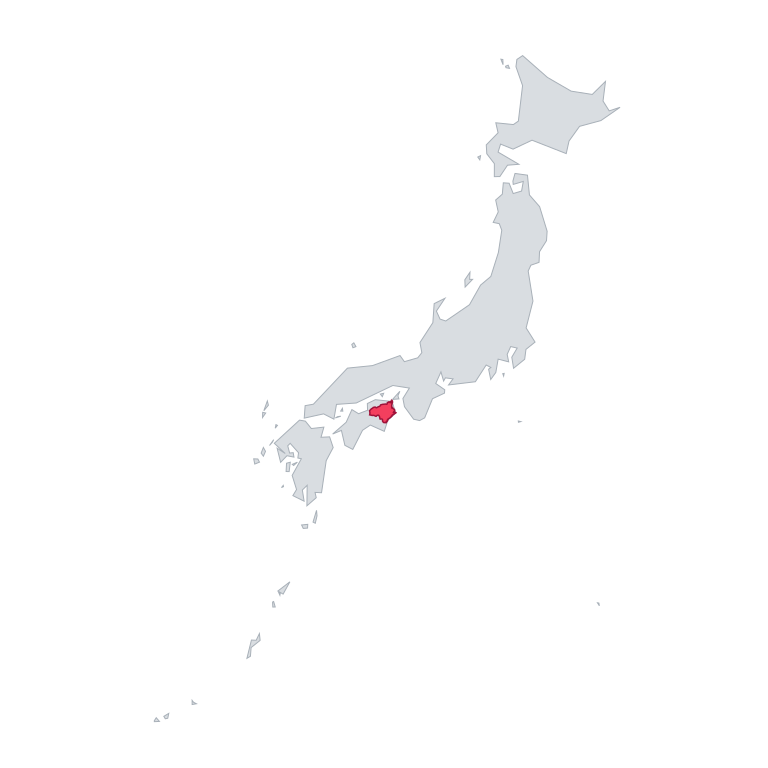 Tokushima highlighted on a map of Japan, rotated 354°
{"feature_id": "JPN-1836", "entity_name": "Tokushima", "entity_type": "Prefecture", "adm_level": 1, "iso_a3": "JPN", "parent_name": "Japan", "parent_adm1": "", "projection": "natural_earth1", "projection_center": [134.325, 33.891], "detail": "fine", "context": "in_parent", "style": "filled", "palette": "rose", "viewbox_px": 768, "rotation_deg": 354, "n_neighbors": 0, "source": "natural_earth", "source_scale": "10m", "svg_char_len": 5677}
<svg xmlns="http://www.w3.org/2000/svg" viewBox="0 0 768 768"><g transform="rotate(354 384 384)"><path d="M536.3,188.3L548.5,191.3L548.4,211.2L557.3,223.9L562.2,249.1L560.6,258.4L552.5,268.7L550.9,279.2L542.5,281.2L539.2,286.7L540.8,317.1L531.2,343.1L538.6,358.1L528.8,364.4L526.5,374.1L514.5,381.9L513.9,370.7L520.2,362.2L513.9,360.0L509.6,367.4L510.3,375.0L500.1,371.2L496.4,384.2L490.6,390.7L489.6,380.2L492.0,378.7L487.6,375.8L475.1,391.3L448.1,391.7L453.2,386.1L445.7,384.3L443.6,387.3L441.9,377.9L435.5,388.9L443.8,396.1L443.2,399.4L430.7,403.7L420.9,421.9L415.6,424.1L409.8,422.1L402.0,408.7L401.3,400.4L408.8,390.7L392.6,386.4L354.4,400.0L334.6,399.3L330.5,413.7L320.8,407.4L301.1,409.6L303.3,397.3L311.7,396.7L349.3,364.4L374.5,364.5L402.9,357.4L406.6,363.9L420.3,361.5L424.9,356.8L424.1,346.5L439.0,328.1L442.3,309.3L453.6,305.1L443.7,317.0L446.5,325.3L452.0,327.8L477.3,314.1L490.4,295.7L501.5,288.2L511.5,265.2L517.2,243.4L515.4,236.6L509.5,234.7L515.6,224.8L514.3,212.7L521.5,207.6L523.7,196.4L529.4,197.4L532.4,208.1L541.0,206.5L543.7,197.1L533.4,199.0L533.4,195.7L536.3,188.3ZM600.7,112.3L621.4,117.8L635.9,106.2L631.4,125.5L636.5,135.9L647.7,133.5L627.2,144.7L605.4,148.2L593.4,161.7L589.3,173.9L556.7,157.0L536.9,163.9L525.0,157.6L521.7,165.3L541.1,179.6L529.7,179.3L520.9,189.8L515.4,189.3L516.8,176.4L510.3,165.8L510.7,156.9L523.7,146.1L522.5,135.9L539.8,139.5L545.1,136.6L553.0,101.7L548.4,82.2L550.1,75.1L556.2,71.9L578.6,96.2L600.7,112.3ZM307.1,420.7L319.7,420.6L315.8,430.4L324.4,430.9L326.8,441.9L318.5,454.2L310.5,485.6L304.1,484.6L304.7,490.0L294.6,497.1L297.0,476.7L291.7,480.9L292.3,492.2L281.7,485.5L286.0,479.8L283.1,465.3L294.0,449.7L290.6,448.6L291.8,443.4L284.5,433.2L281.8,435.4L282.9,442.8L286.5,442.8L286.8,447.3L280.0,445.2L273.0,451.1L271.0,436.7L278.5,442.8L268.7,431.5L296.2,411.1L301.9,412.7L307.1,420.7ZM373.7,398.7L390.2,402.2L392.6,414.2L384.0,420.5L379.3,431.1L366.1,423.4L357.8,427.8L346.1,445.8L338.7,440.9L336.8,425.7L327.7,428.4L342.4,418.1L349.4,406.1L355.6,410.9L364.9,408.4L365.4,401.7L373.7,398.7ZM234.0,626.0L224.3,632.2L222.7,640.8L219.0,642.5L225.4,624.8L230.1,625.5L234.0,619.2L234.0,626.0ZM483.0,289.2L474.8,296.1L475.3,288.8L481.2,281.8L480.1,288.9L483.0,289.2ZM269.7,570.9L261.7,582.4L256.8,578.8L269.7,570.9ZM280.5,461.2L277.5,460.8L278.8,452.6L282.6,452.0L280.5,461.2ZM397.3,400.4L390.9,400.2L399.0,392.9L396.6,397.2L397.3,400.4ZM292.9,519.3L288.6,519.2L287.3,515.6L293.5,515.6L292.9,519.3ZM266.8,393.0L261.7,398.0L266.2,388.7L266.8,393.0ZM301.1,515.3L299.0,513.9L303.7,502.6L303.6,508.1L301.1,515.3ZM246.6,444.8L250.7,445.4L252.0,448.7L247.1,450.1L246.6,444.8ZM263.3,400.5L259.7,404.6L260.4,399.5L263.3,400.5ZM125.4,696.1L120.3,695.8L120.3,695.0L122.6,692.1L125.4,696.1ZM360.0,343.9L356.9,344.7L356.1,341.3L358.3,339.9L360.0,343.9ZM256.5,443.2L254.6,439.9L257.4,434.5L259.1,438.6L256.5,443.2ZM135.5,689.1L134.0,693.8L131.5,694.1L130.3,691.5L135.5,689.1ZM252.5,594.4L250.1,594.2L250.4,589.2L251.5,588.8L252.5,594.4ZM541.8,83.2L538.4,82.2L538.1,80.7L540.8,79.9L541.8,83.2ZM289.7,452.7L285.6,455.6L284.4,454.3L289.7,452.7ZM502.7,171.1L501.0,168.1L503.9,167.0L502.7,171.1ZM332.0,412.7L334.5,411.6L337.7,411.5L332.0,412.7ZM536.1,73.7L535.8,78.9L534.2,73.2L536.1,73.7ZM267.0,430.1L263.7,433.2L268.5,427.8L267.0,430.1ZM164.0,682.4L159.7,682.7L160.1,678.6L161.3,680.6L164.0,682.4ZM273.7,414.0L271.2,416.6L272.3,413.1L273.7,414.0ZM382.7,393.2L381.0,396.4L379.3,393.6L382.7,393.2ZM259.0,581.0L258.4,583.2L257.5,580.5L259.0,581.0ZM504.6,386.0L503.8,388.6L503.2,386.1L504.6,386.0ZM273.3,475.6L271.2,476.3L273.2,474.3L273.3,475.6ZM340.1,403.8L340.2,406.7L338.1,406.4L340.1,403.8ZM516.1,435.7L513.7,436.1L513.7,434.8L516.1,435.7ZM574.8,624.3L575.0,627.1L573.4,623.9L574.8,624.3Z" fill="#d9dde1" stroke="#a8b0b8" stroke-width="1"/><path d="M385.5,402.8L386.2,402.8L386.8,402.3L388.4,402.4L388.9,402.2L389.2,402.1L389.5,401.5L389.6,401.9L389.3,402.2L389.2,402.6L389.5,402.6L390.0,402.1L390.4,401.9L390.3,402.3L389.9,402.7L389.9,403.0L390.0,403.4L389.5,403.5L389.8,403.6L390.0,403.7L390.3,403.6L390.1,404.0L389.9,404.5L389.8,404.8L389.8,405.0L389.4,405.7L389.4,406.4L389.5,406.9L389.3,407.0L389.2,407.6L389.2,407.8L389.2,408.0L389.3,408.6L389.4,408.9L389.6,409.0L389.9,409.0L389.9,408.7L390.2,408.6L390.5,409.3L390.8,409.8L391.6,410.3L391.5,410.6L391.8,410.8L391.8,411.3L391.8,411.7L391.5,412.0L391.4,412.3L391.1,412.4L390.8,412.6L390.4,413.3L390.8,413.5L392.1,413.4L392.1,413.6L391.9,413.6L391.7,413.8L391.5,414.0L392.2,413.8L392.7,413.6L392.9,413.8L392.5,414.1L391.8,414.4L390.9,414.9L390.6,415.2L389.7,415.3L389.5,415.8L388.8,415.9L388.6,416.7L388.0,416.8L387.8,417.3L385.9,418.6L384.6,419.1L383.9,419.7L384.2,420.0L383.6,420.7L383.6,421.1L383.4,421.3L383.1,421.4L382.7,421.3L382.4,421.5L382.5,422.1L382.4,422.4L382.0,422.8L380.9,422.4L380.6,422.5L380.1,422.4L379.5,422.2L379.2,421.8L378.6,420.5L378.8,420.0L378.8,419.7L378.8,419.4L378.7,419.1L378.5,418.8L378.1,418.6L377.4,418.5L376.5,418.5L376.4,418.4L376.2,416.4L376.1,416.0L376.0,415.7L375.8,415.3L375.6,414.7L375.3,414.5L374.3,414.4L373.8,414.5L373.6,414.7L373.3,415.0L373.1,415.2L372.7,415.3L372.2,415.1L370.9,414.3L370.4,414.1L370.0,414.1L369.8,414.1L368.8,414.0L366.5,413.2L366.7,412.7L366.9,411.8L367.0,411.1L366.8,409.0L367.8,408.3L368.1,408.0L368.6,407.6L368.8,407.4L369.1,407.2L369.9,407.0L370.2,406.8L370.6,406.4L370.8,406.2L372.5,406.0L373.0,406.1L373.3,406.3L373.5,406.6L373.8,406.8L374.1,406.8L374.5,406.7L374.9,406.6L375.7,406.1L376.1,406.0L377.1,405.8L377.5,405.6L377.9,405.3L378.2,404.7L378.5,404.4L379.1,404.3L380.2,404.1L383.6,404.1L384.4,404.4L384.7,404.3L385.0,404.2L385.5,402.9L385.5,402.8Z" fill="#f43f5e" stroke="#9f1239" stroke-width="1.5"/></g></svg>